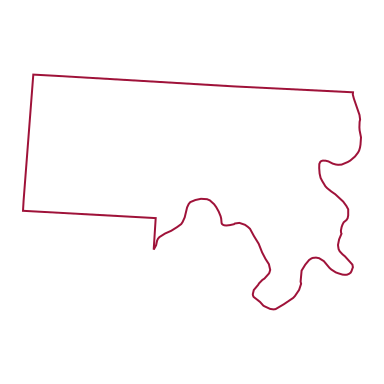 Meigs, Ohio, United States of America
{"feature_id": "52423323B59957998601513", "entity_name": "Meigs", "entity_type": "district", "adm_level": 2, "iso_a3": "USA", "parent_name": "United States of America", "parent_adm1": "Ohio", "projection": "robinson", "projection_center": [-81.882, 39.04], "detail": "fine", "context": "isolated", "style": "outline", "palette": "rose", "viewbox_px": 384, "rotation_deg": 0, "n_neighbors": 0, "source": "geoboundaries", "source_scale": "gbopen_adm2", "svg_char_len": 1831}
<svg xmlns="http://www.w3.org/2000/svg" viewBox="0 0 384 384"><path d="M55.4,75.8L33.3,74.6L23.6,200.5L23.0,210.8L155.7,218.1L153.7,249.6L156.1,245.2L157.1,240.6L158.0,238.7L159.4,237.1L165.1,233.5L171.2,230.8L177.1,227.1L181.2,224.1L182.6,222.0L184.7,217.4L187.1,207.4L188.7,204.0L190.3,202.1L195.4,200.0L201.0,198.8L207.1,199.2L209.9,200.4L214.1,204.2L216.2,207.1L218.7,211.6L220.6,216.2L221.2,218.7L221.6,223.1L222.1,224.1L223.2,224.9L224.3,225.3L226.4,225.5L229.9,225.1L234.0,224.2L234.9,223.5L239.4,222.9L245.0,224.8L247.9,226.9L250.0,228.8L253.9,236.0L258.7,243.8L262.1,252.4L265.5,258.9L268.9,264.2L270.2,269.9L269.3,272.9L268.8,273.7L264.4,278.6L262.4,279.9L259.0,283.4L258.2,284.8L253.8,290.0L252.8,294.2L253.0,295.5L253.6,296.9L260.1,302.0L263.3,305.6L264.3,306.2L270.1,308.9L273.5,309.4L275.6,309.1L283.9,304.2L293.2,297.9L294.9,296.1L299.1,289.9L301.1,283.8L300.6,281.6L301.6,270.6L305.3,264.6L309.1,260.0L311.5,258.4L312.9,257.9L316.0,257.6L319.1,258.2L323.8,261.1L329.5,267.9L331.3,269.5L335.8,272.4L338.3,273.3L342.5,274.6L345.0,274.8L347.0,274.7L349.1,273.8L350.7,272.6L351.5,271.1L352.9,267.2L352.4,264.6L345.0,256.4L342.5,254.3L339.7,251.3L338.6,249.1L338.1,245.9L338.0,244.9L339.1,239.4L341.5,233.7L341.1,232.8L340.9,230.6L341.6,227.1L342.5,224.6L343.7,222.3L346.5,220.0L347.6,218.3L348.2,215.4L348.2,209.3L346.4,206.0L343.2,201.6L335.2,194.2L331.3,191.5L327.2,188.2L325.4,186.3L322.2,181.0L320.6,177.9L319.6,173.5L319.2,168.1L319.3,164.0L320.2,162.0L321.2,161.1L322.8,160.6L325.6,160.7L328.4,161.4L332.7,163.6L335.8,164.5L338.1,164.8L341.6,164.6L347.8,162.0L350.2,160.6L355.0,156.5L358.0,152.6L359.1,150.6L360.0,147.6L360.5,144.6L361.0,137.4L359.6,130.3L359.4,127.4L359.6,121.8L360.1,119.6L359.5,115.0L353.9,98.7L352.8,94.6L353.0,92.3L234.0,86.4L55.4,75.8Z" fill="none" stroke="#9f1239" stroke-width="2"/></svg>